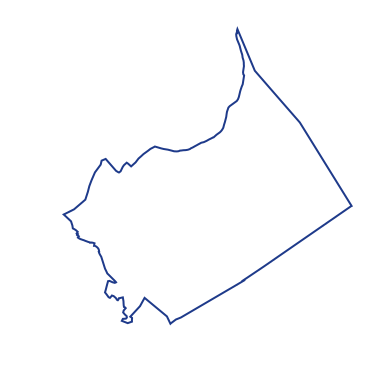 Ismailiyya, Al Isma`iliyah, Egypt (Mercator projection), rotated 234°
{"feature_id": "37247803B77757966140043", "entity_name": "Ismailiyya", "entity_type": "district", "adm_level": 2, "iso_a3": "EGY", "parent_name": "Egypt", "parent_adm1": "Al Isma`iliyah", "projection": "mercator", "projection_center": [32.24, 30.424], "detail": "fine", "context": "isolated", "style": "outline", "palette": "blue", "viewbox_px": 384, "rotation_deg": 234, "n_neighbors": 0, "source": "geoboundaries", "source_scale": "gbopen_adm2", "svg_char_len": 3206}
<svg xmlns="http://www.w3.org/2000/svg" viewBox="0 0 384 384"><g transform="rotate(234 192 192)"><path d="M98.1,97.1L98.2,97.8L98.3,104.1L97.6,106.8L97.0,109.2L90.5,174.9L89.7,183.3L90.3,182.0L90.4,181.9L90.2,186.7L89.5,206.3L87.0,312.4L86.9,312.9L184.9,320.1L224.3,316.6L253.2,314.1L255.7,314.7L297.1,324.5L296.1,323.2L294.1,321.8L294.4,321.5L293.7,320.5L292.1,319.5L289.1,318.2L282.5,316.6L277.5,314.6L273.5,313.3L270.9,311.9L268.2,311.0L266.3,310.0L264.9,309.0L263.3,308.0L258.9,303.7L257.0,302.7L255.7,302.7L255.3,302.3L254.3,301.3L252.3,299.3L251.0,298.0L249.3,296.3L248.0,294.1L247.7,293.7L246.3,291.7L245.0,290.0L243.0,287.7L241.3,285.7L240.0,283.7L239.3,281.7L239.3,279.4L239.3,273.0L238.9,271.1L236.3,267.4L234.6,265.7L232.6,263.8L229.3,259.8L227.6,257.5L225.6,255.1L225.0,253.8L224.6,252.8L224.2,251.5L223.9,249.8L223.9,247.8L223.9,245.5L223.5,241.5L223.8,241.1L223.8,240.8L224.1,238.8L224.5,236.5L224.8,233.8L225.4,230.8L226.4,228.5L227.3,221.5L227.6,218.8L228.0,216.8L228.0,215.5L228.3,214.5L228.6,213.5L229.6,211.5L230.0,210.9L230.9,209.5L232.2,207.1L232.5,206.8L232.9,205.1L233.8,203.5L235.5,201.4L237.5,199.8L240.4,197.4L242.1,195.7L243.4,194.4L245.4,192.7L250.6,188.7L250.6,188.4L251.3,183.7L251.2,180.7L251.2,175.0L250.8,171.7L250.5,168.4L249.1,163.7L248.8,160.7L248.7,159.9L248.5,157.8L252.4,157.0L254.1,156.4L253.7,152.7L253.0,150.7L252.1,149.0L250.7,146.4L250.7,144.4L251.3,144.0L253.7,143.0L269.5,141.6L270.5,137.3L269.9,136.6L267.8,134.2L264.9,125.0L260.4,117.4L257.1,112.4L253.3,107.8L248.5,101.2L247.3,86.4L249.2,75.0L239.4,76.9L235.1,75.5L232.6,74.2L230.8,75.1L229.1,75.7L226.9,76.1L226.4,74.6L226.2,74.7L225.9,74.7L225.5,74.9L225.0,75.0L224.9,74.7L225.5,74.4L225.5,74.2L225.4,74.2L225.2,74.2L225.0,73.9L224.9,73.9L224.9,74.0L224.9,73.9L224.6,73.8L224.5,74.0L224.4,74.2L224.4,73.9L223.7,74.1L222.7,74.4L222.3,73.1L222.2,72.9L221.7,73.1L221.1,73.3L220.8,73.4L220.8,73.5L220.1,73.8L219.5,74.0L218.9,74.5L217.7,75.3L216.5,76.2L215.3,76.9L214.1,77.7L212.9,78.5L211.7,79.4L211.0,79.9L210.8,80.2L210.7,80.1L210.5,80.5L210.4,80.5L209.9,81.2L209.7,81.5L209.4,81.8L208.5,82.5L207.8,83.0L207.7,82.9L207.3,82.4L206.1,81.2L206.0,81.4L205.1,82.0L204.5,82.3L204.1,82.5L203.6,82.6L203.3,82.7L203.2,82.7L202.8,82.8L202.0,82.9L201.6,82.9L201.0,82.9L200.3,82.7L199.6,82.5L199.1,82.2L198.4,81.9L198.5,81.5L197.4,81.1L195.9,80.8L195.0,80.7L192.9,80.5L181.2,76.6L177.8,76.0L175.9,75.6L173.6,76.0L169.9,76.6L165.6,77.3L163.6,77.5L163.6,77.0L164.0,76.0L164.3,75.7L165.0,75.3L165.6,74.7L166.5,74.2L168.6,73.0L168.9,72.3L169.2,71.6L168.9,71.3L167.0,68.9L164.1,65.4L162.9,63.9L161.9,62.6L159.5,62.7L155.9,62.7L154.6,63.4L154.8,64.4L155.2,66.0L155.3,66.4L154.9,66.6L153.9,67.4L151.3,68.0L150.3,68.1L149.3,67.9L148.3,68.1L148.0,68.4L148.3,69.4L148.7,69.9L149.0,70.4L148.8,70.8L147.4,74.1L144.0,72.4L142.0,71.1L140.4,70.1L139.0,69.4L138.4,69.8L137.7,70.1L137.0,70.1L136.7,68.8L136.3,67.1L135.0,65.5L132.3,65.7L130.0,66.2L128.7,65.5L128.4,64.2L128.5,63.9L130.0,61.5L129.0,59.5L123.7,62.9L122.4,67.2L122.6,67.3L124.3,68.6L124.7,69.0L125.4,69.5L126.9,69.0L127.4,68.8L130.2,82.9L130.3,83.0L130.4,83.3L131.3,85.2L132.2,87.1L134.2,91.4L106.1,98.6L98.1,97.1Z" fill="none" stroke="#1e3a8a" stroke-width="2"/></g></svg>